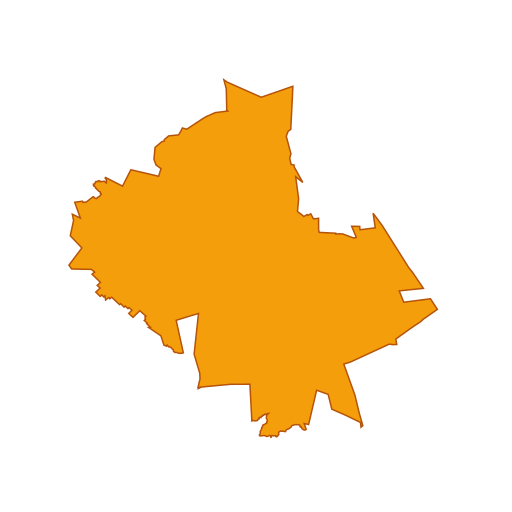 Nuevo Ideal, Durango, Mexico, rotated 284°
{"feature_id": "50627088B12062769498923", "entity_name": "Nuevo Ideal", "entity_type": "district", "adm_level": 2, "iso_a3": "MEX", "parent_name": "Mexico", "parent_adm1": "Durango", "projection": "robinson", "projection_center": [-105.12, 24.837], "detail": "fine", "context": "isolated", "style": "filled", "palette": "amber", "viewbox_px": 512, "rotation_deg": 284, "n_neighbors": 0, "source": "geoboundaries", "source_scale": "gbopen_adm2", "svg_char_len": 5632}
<svg xmlns="http://www.w3.org/2000/svg" viewBox="0 0 512 512"><g transform="rotate(284 256 256)"><path d="M429.6,250.7L411.3,222.6L417.7,186.2L419.2,182.2L411.1,186.7L390.5,192.3L389.8,193.5L385.3,181.8L379.4,174.2L376.1,170.8L362.3,158.2L362.4,153.6L359.5,153.0L354.8,151.6L351.4,142.2L346.8,138.9L345.1,139.0L344.3,137.1L337.0,131.8L325.1,133.6L320.1,137.0L317.8,142.7L309.8,142.2L309.4,113.7L291.5,109.6L295.8,91.0L295.3,90.8L295.0,90.8L294.9,90.9L294.8,91.1L294.7,91.3L294.5,91.5L293.9,92.4L293.5,92.4L293.4,92.5L292.7,92.6L292.2,93.0L291.4,92.9L291.1,93.0L290.9,93.1L290.6,93.1L291.1,92.2L291.2,91.8L291.5,91.4L291.9,90.6L291.5,89.6L290.9,88.7L290.7,87.9L290.7,87.7L290.9,87.3L290.6,87.0L290.7,86.8L290.4,86.4L290.8,86.2L291.0,86.1L291.0,85.9L291.0,85.6L291.1,85.3L290.8,84.8L290.2,84.3L289.8,84.2L289.9,83.9L289.7,83.7L289.7,83.2L289.5,82.7L289.4,82.7L289.1,82.6L288.9,82.4L288.7,82.4L288.2,82.4L287.5,82.0L287.4,81.8L286.9,81.9L286.7,81.9L286.5,81.7L286.4,81.5L286.3,81.2L286.3,80.9L285.8,81.0L285.6,81.2L285.5,81.3L285.1,81.2L285.0,81.3L284.7,81.6L284.6,81.8L284.7,82.3L284.4,82.5L284.2,83.0L283.9,83.4L283.1,84.0L283.1,84.4L282.8,84.5L282.6,85.0L282.2,85.4L282.1,85.7L281.8,86.5L281.7,86.6L281.4,86.8L281.3,87.0L281.2,87.3L280.9,87.5L280.6,88.6L280.6,89.2L280.1,89.7L279.8,89.7L279.7,89.6L279.3,89.7L279.2,90.0L278.9,90.3L278.9,90.6L278.7,90.8L277.9,90.7L277.6,90.5L277.4,90.3L277.0,90.2L276.5,89.9L276.2,89.9L275.7,89.4L274.9,88.4L274.5,88.1L274.3,87.9L273.6,87.7L273.3,87.4L273.1,87.2L273.2,86.6L273.0,85.9L273.1,85.5L274.2,84.1L274.2,83.8L274.0,83.5L273.8,83.3L273.6,83.2L267.8,78.7L267.5,78.2L267.4,78.1L267.1,77.7L267.0,77.4L266.8,77.2L266.8,76.8L266.5,75.9L266.1,75.3L267.2,74.4L264.3,67.1L250.3,76.4L252.1,67.7L246.3,70.4L230.7,70.9L221.7,85.1L201.9,76.7L198.8,80.3L203.2,99.6L201.3,103.3L198.7,101.3L192.8,111.4L190.5,110.0L189.1,109.0L187.2,112.5L182.2,109.3L179.1,114.6L180.9,115.8L179.4,118.3L180.8,119.1L176.9,120.7L180.1,123.2L179.1,124.5L181.1,125.9L175.8,135.4L177.0,136.2L174.5,140.4L175.8,141.2L174.0,144.5L175.2,145.3L173.4,148.8L169.5,146.4L168.6,148.0L166.7,151.5L174.8,156.5L171.0,163.8L170.2,163.0L169.8,163.1L168.8,163.5L167.9,163.7L167.6,164.2L166.4,163.2L164.6,166.7L163.9,166.3L161.4,170.7L160.7,169.0L155.6,183.0L147.2,188.3L147.1,188.7L147.1,190.2L147.1,190.4L146.9,190.6L146.8,190.9L147.1,191.0L147.3,190.9L147.6,191.2L147.9,191.3L148.1,191.5L147.6,191.9L147.3,192.5L146.7,193.2L146.7,193.7L146.8,194.1L146.9,194.4L146.8,195.3L146.7,195.7L146.4,196.0L146.2,196.5L145.7,196.9L145.1,198.4L144.0,198.9L143.6,199.0L143.6,199.3L143.0,199.9L142.8,201.0L143.1,201.4L143.2,202.1L143.0,203.7L143.1,204.8L143.0,205.6L143.6,206.8L143.6,207.4L143.9,208.2L144.5,208.9L174.3,194.1L182.2,207.1L186.3,214.1L145.8,219.7L128.6,229.8L123.3,231.4L114.5,231.5L114.7,232.0L113.4,232.1L115.2,234.2L115.4,234.0L125.4,262.5L130.1,281.1L94.9,291.9L95.1,292.2L95.6,292.2L95.8,293.4L95.8,293.5L95.8,293.8L95.6,294.1L95.9,295.4L96.6,296.7L96.6,297.1L96.9,297.3L97.2,297.4L97.6,297.5L98.0,297.5L98.3,297.5L99.0,298.1L98.9,298.4L99.2,298.4L99.5,298.1L100.0,298.3L100.2,298.5L100.4,298.9L100.4,299.9L101.1,299.8L101.4,300.1L101.7,300.3L101.9,300.7L102.3,300.6L102.9,300.9L103.1,301.2L102.9,301.4L103.3,301.9L103.8,302.3L104.3,302.4L104.7,302.7L104.7,302.9L104.5,303.5L104.6,303.9L105.0,304.1L105.5,305.1L106.0,305.5L105.9,305.8L106.1,306.2L105.9,306.1L105.1,305.1L104.0,304.9L103.5,304.9L102.5,305.1L101.7,305.1L101.0,305.3L100.5,305.8L99.9,306.4L99.6,306.6L99.0,306.8L97.3,306.5L97.0,306.9L96.7,306.9L96.2,306.5L94.8,305.1L94.2,304.3L94.0,303.9L93.4,303.5L92.9,303.6L92.7,303.5L92.4,303.4L91.5,303.6L91.3,303.4L90.8,303.1L90.2,303.1L89.7,303.3L89.3,303.2L88.0,302.9L86.8,302.6L86.3,302.6L85.2,303.1L84.6,303.1L83.1,302.6L82.6,302.9L82.4,303.3L82.6,304.2L83.0,305.5L83.4,306.3L83.8,307.1L83.8,307.7L83.7,308.9L83.6,309.3L83.4,309.7L84.0,311.1L84.3,311.6L84.8,312.1L85.1,312.6L85.3,313.0L85.1,313.4L84.6,313.9L84.0,314.0L83.7,314.2L83.8,314.5L84.3,314.6L85.3,314.7L85.6,314.8L85.7,315.1L85.7,316.5L86.3,318.0L86.4,318.6L86.1,318.8L86.0,319.2L85.7,319.2L85.7,319.3L85.5,319.5L85.6,319.8L85.9,320.2L88.1,321.2L88.7,321.3L89.4,320.7L89.9,320.7L90.5,320.8L91.2,321.1L92.2,322.3L92.2,323.1L92.3,324.1L92.6,324.8L92.6,326.5L92.6,326.8L92.7,327.0L93.1,327.2L93.6,327.2L94.2,327.3L94.9,327.6L95.2,328.0L96.0,329.3L96.4,329.8L97.7,330.8L98.6,331.5L99.0,331.6L99.9,331.8L100.2,332.0L100.4,332.2L100.7,332.7L100.9,333.1L101.1,333.5L101.3,333.9L101.9,334.8L102.0,335.5L102.2,336.1L102.3,336.9L102.4,337.4L102.5,338.4L102.5,338.6L102.5,339.1L102.4,339.3L102.4,339.5L101.8,339.7L101.2,340.0L100.8,340.4L100.9,340.9L101.1,341.3L99.7,342.3L99.5,342.7L99.3,343.4L99.0,343.9L99.0,344.3L98.8,344.7L98.9,345.3L99.0,345.6L99.1,345.9L99.4,346.2L100.0,346.6L105.1,343.3L105.2,347.8L140.4,347.3L139.2,359.5L125.7,366.6L123.2,381.3L119.8,397.6L115.3,399.3L117.2,400.7L128.0,394.5L145.0,385.6L172.4,367.3L175.7,372.9L202.7,406.6L203.2,410.6L204.2,414.0L209.2,411.7L222.3,422.8L226.9,426.9L231.5,431.1L232.2,431.7L234.3,433.1L234.9,433.4L248.1,444.9L256.7,435.6L246.9,410.5L256.8,403.4L265.1,426.2L277.6,412.3L281.7,407.0L316.1,371.1L325.8,359.3L312.2,364.9L306.6,350.5L309.8,349.5L308.0,341.6L298.8,348.5L298.1,348.7L297.1,345.9L298.4,334.7L297.7,331.6L296.6,328.0L297.4,327.8L294.2,311.6L296.7,310.4L307.8,307.6L306.8,305.3L306.0,302.7L310.2,298.9L308.0,296.6L308.6,295.7L305.8,292.7L306.6,291.6L307.3,290.0L308.7,286.6L309.2,285.5L321.9,283.5L342.5,275.3L338.7,283.6L351.6,271.6L353.5,270.9L353.3,268.0L359.1,265.0L363.6,265.2L379.5,256.4L384.8,257.0L387.2,259.1L419.3,252.8L429.6,250.7Z" fill="#f59e0b" stroke="#b45309" stroke-width="1.5"/></g></svg>